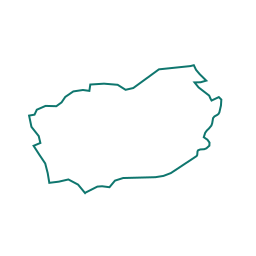 the border of Monte Cristi, rotated 151°
{"feature_id": "DOM-1964", "entity_name": "Monte Cristi", "entity_type": "Province", "adm_level": 1, "iso_a3": "DOM", "parent_name": "Dominican Republic", "parent_adm1": "", "projection": "albers", "projection_center": [-71.5, 19.721], "detail": "fine", "context": "isolated", "style": "outline", "palette": "teal", "viewbox_px": 256, "rotation_deg": 151, "n_neighbors": 0, "source": "natural_earth", "source_scale": "10m", "svg_char_len": 974}
<svg xmlns="http://www.w3.org/2000/svg" viewBox="0 0 256 256"><g transform="rotate(151 128 128)"><path d="M40.0,151.0L40.3,145.9L39.2,140.3L36.6,131.5L42.3,132.8L47.7,135.6L46.6,129.3L41.3,117.0L41.6,113.8L41.6,111.5L33.6,111.0L32.6,107.6L35.8,102.6L40.5,97.4L41.9,96.5L43.4,96.2L46.8,96.2L48.8,95.4L52.1,91.3L53.9,89.7L57.5,88.3L60.2,87.6L62.8,86.4L66.2,83.2L64.2,79.2L63.8,75.7L65.4,73.1L69.3,72.2L71.6,72.5L75.2,74.2L77.5,74.5L78.5,73.9L80.5,70.9L81.6,70.2L112.4,67.8L120.2,68.9L127.9,71.7L156.5,86.6L164.9,88.3L172.9,85.2L178.9,89.6L183.2,91.6L196.5,92.1L197.1,91.9L199.1,102.7L205.1,111.9L214.5,114.6L223.4,118.2L220.1,127.5L217.6,137.1L218.5,147.6L219.2,158.2L211.9,157.4L210.0,164.2L211.9,175.8L208.5,186.8L203.3,185.0L198.9,188.2L189.4,187.3L180.1,181.8L173.7,182.6L167.8,185.6L158.1,186.5L149.0,183.1L143.8,179.2L139.9,184.3L127.5,178.4L116.1,170.8L111.6,162.6L104.0,160.4L72.5,164.3L43.4,151.9L40.0,151.0Z" fill="none" stroke="#0f766e" stroke-width="2"/></g></svg>